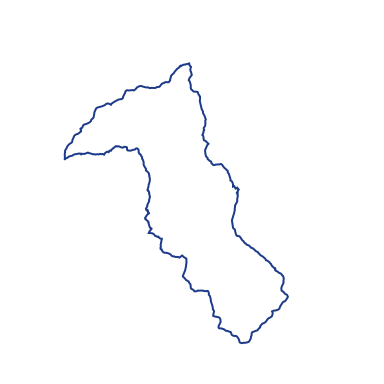 Borca, Suceava, Romania, rotated 296°
{"feature_id": "2599482B12021264945319", "entity_name": "Borca", "entity_type": "district", "adm_level": 2, "iso_a3": "ROU", "parent_name": "Romania", "parent_adm1": "Suceava", "projection": "natural_earth1", "projection_center": [25.789, 47.198], "detail": "fine", "context": "isolated", "style": "outline", "palette": "blue", "viewbox_px": 384, "rotation_deg": 296, "n_neighbors": 0, "source": "geoboundaries", "source_scale": "gbopen_adm2", "svg_char_len": 6015}
<svg xmlns="http://www.w3.org/2000/svg" viewBox="0 0 384 384"><g transform="rotate(296 192 192)"><path d="M139.7,324.2L141.1,322.7L141.4,319.7L142.4,317.9L142.5,316.0L142.8,315.6L144.4,314.6L145.8,314.2L150.9,314.0L151.8,313.3L154.7,312.3L156.4,310.6L156.7,309.4L157.5,308.2L157.6,307.7L157.5,305.2L158.0,303.9L158.0,301.4L158.5,300.6L159.4,300.7L160.0,300.0L159.8,298.6L160.6,296.7L160.6,296.1L162.0,294.5L162.1,293.6L162.8,292.5L163.3,290.0L163.1,288.3L164.1,287.3L165.1,283.6L165.1,282.1L165.5,280.3L166.1,279.5L166.0,278.8L166.9,277.5L166.8,275.6L168.0,271.8L168.0,270.1L167.8,269.6L168.9,266.7L168.6,264.6L169.2,262.8L169.2,261.8L170.4,259.7L170.6,258.5L171.9,256.2L172.3,255.7L172.9,254.2L172.9,253.2L172.4,252.4L172.5,251.9L172.3,251.4L172.5,250.9L174.3,249.1L177.1,246.9L177.3,245.7L177.8,244.6L184.0,240.3L192.0,239.0L194.9,238.2L196.0,237.6L196.9,237.4L198.9,236.6L203.4,236.8L204.9,235.9L209.1,234.7L209.4,234.2L211.1,233.5L210.6,232.9L210.9,232.6L214.7,232.9L214.8,232.5L214.3,232.5L214.5,232.1L214.9,232.3L215.7,230.7L214.2,229.6L215.8,227.4L214.8,226.5L217.0,225.4L218.3,224.2L219.0,223.3L219.2,221.5L220.4,221.0L224.7,216.9L225.2,215.6L226.7,214.8L227.0,213.3L227.4,212.5L228.1,209.9L229.7,207.1L229.9,205.7L228.9,204.6L227.1,201.4L225.9,200.1L225.6,199.4L226.5,196.7L227.4,196.2L227.8,195.4L227.7,194.1L228.1,193.3L228.4,191.7L229.4,191.1L230.2,189.0L231.8,187.6L234.9,185.6L236.6,185.3L240.9,185.2L242.5,185.7L243.8,181.8L243.8,179.9L246.8,177.9L247.6,177.1L247.8,176.3L250.8,176.2L251.8,175.6L253.1,175.8L253.8,174.9L254.8,174.5L257.5,174.8L260.7,173.4L261.7,172.7L263.3,172.6L266.2,169.6L267.5,167.6L269.4,166.3L270.7,164.4L277.2,159.1L279.1,158.5L281.4,157.3L281.5,156.7L282.2,156.0L282.6,155.0L284.3,153.4L284.3,152.7L283.0,149.4L284.1,146.0L285.2,145.1L286.8,144.4L288.1,143.6L290.3,141.5L291.1,140.0L293.1,139.8L297.1,140.5L299.5,138.5L299.8,137.9L301.2,136.8L304.1,136.2L304.7,134.3L305.8,133.6L306.3,133.0L304.9,131.7L304.4,130.7L303.4,130.0L303.3,129.4L302.6,128.5L301.7,127.7L300.2,126.9L300.5,126.4L300.0,126.0L297.9,125.7L296.3,124.7L292.6,123.7L291.1,123.6L287.7,122.3L283.6,123.0L282.8,123.4L280.6,123.0L280.1,122.3L279.6,121.0L278.9,119.7L277.7,119.0L276.7,117.9L275.5,117.3L272.5,116.7L271.9,116.2L271.1,114.6L269.5,113.5L269.2,113.0L267.6,109.5L266.8,108.5L266.8,106.7L266.0,105.3L265.6,103.7L264.9,99.5L263.7,98.0L261.8,96.7L259.6,96.2L257.7,95.1L257.6,93.9L255.5,90.7L255.0,89.0L254.0,88.3L253.2,88.1L251.6,88.4L247.5,88.3L245.9,88.7L244.6,88.0L244.1,87.0L242.5,85.1L239.0,82.6L236.2,81.0L234.9,80.9L235.0,79.3L234.7,77.5L233.4,76.1L232.3,75.8L231.3,75.1L229.5,73.5L226.6,70.1L225.7,69.5L225.0,69.2L221.2,69.3L216.2,70.8L214.7,70.6L213.0,69.8L211.5,70.1L209.6,69.4L206.6,67.0L205.6,65.7L204.3,65.0L201.8,65.1L200.5,64.7L200.3,64.1L199.8,64.0L198.7,65.3L197.8,65.7L194.8,64.3L194.0,63.7L193.0,62.6L191.4,61.7L190.0,61.5L189.3,61.7L186.8,61.7L184.4,62.3L183.3,62.0L181.8,61.0L179.9,60.3L178.1,59.9L176.2,60.1L174.7,59.8L173.2,59.9L172.2,60.5L170.5,60.9L167.3,62.6L165.7,63.3L165.8,63.5L166.7,63.7L168.2,65.0L170.1,66.0L172.1,68.4L173.8,69.4L174.4,70.0L177.1,73.7L177.6,75.0L177.2,75.4L177.2,75.8L177.9,75.8L178.9,78.4L181.8,81.2L181.8,82.6L182.2,83.9L182.4,86.2L183.0,87.3L183.3,88.7L184.4,90.2L184.9,91.7L185.9,92.5L186.2,93.9L187.1,95.3L187.0,96.6L188.6,96.7L190.6,97.7L191.3,98.6L191.2,99.6L192.9,99.8L193.4,100.2L193.5,101.0L194.3,101.0L196.4,101.8L199.9,103.5L200.0,104.8L200.7,105.4L200.9,105.9L201.2,109.5L201.5,110.3L202.1,110.8L202.9,111.2L203.6,113.2L203.5,114.0L201.5,115.1L201.5,115.6L201.2,116.2L202.0,118.2L203.0,119.6L203.8,120.2L205.2,122.1L206.4,122.5L207.1,123.3L206.9,124.9L206.0,125.8L204.2,126.7L203.4,128.0L203.2,128.1L203.2,129.4L202.3,130.2L201.4,131.9L199.9,132.7L199.3,133.9L197.3,135.7L195.8,136.3L194.9,137.0L193.6,138.8L192.7,140.5L191.4,140.9L191.0,141.5L190.9,142.8L189.8,145.1L188.5,145.9L188.0,146.6L187.1,146.9L186.0,148.0L184.0,149.0L181.7,149.6L179.8,149.8L177.5,150.6L174.2,151.1L173.8,151.7L174.1,152.2L172.7,153.8L171.8,154.0L171.1,154.9L169.7,155.7L169.2,156.4L166.2,156.9L164.9,157.5L160.7,157.5L159.7,158.1L156.8,157.9L155.9,158.7L155.7,159.4L156.2,159.8L155.8,160.1L156.0,160.3L154.7,161.6L154.4,161.4L154.2,161.6L154.0,161.8L154.3,162.4L154.0,162.7L151.9,161.7L148.1,161.2L147.5,162.2L147.2,162.1L146.3,165.5L145.8,166.2L145.5,166.1L142.0,169.3L141.2,170.6L141.1,170.9L141.5,171.4L141.2,171.8L138.1,171.1L136.2,171.1L137.5,174.4L137.2,176.7L136.4,178.0L136.7,180.0L136.5,180.7L137.1,181.3L136.3,183.2L136.4,184.7L136.7,185.4L130.7,187.0L129.0,188.1L128.1,188.1L127.1,188.7L126.9,188.9L127.1,189.9L126.2,190.7L125.3,192.5L125.4,194.1L126.0,195.2L126.0,195.6L126.5,197.2L126.5,200.1L125.8,201.4L125.7,202.8L126.3,204.1L126.2,205.2L127.5,207.8L127.5,209.4L130.6,211.0L129.9,213.3L129.6,216.2L125.2,218.4L124.5,218.4L121.8,219.5L121.0,219.5L119.1,220.1L112.5,220.6L112.0,220.9L111.6,222.0L111.6,222.5L110.3,225.3L110.1,228.2L109.3,229.1L108.3,231.1L105.1,233.1L104.7,233.9L104.6,236.2L103.8,237.8L104.8,239.6L106.0,240.5L106.7,242.2L107.4,243.3L108.3,245.6L108.2,246.0L108.8,247.6L109.9,249.3L109.9,250.0L108.4,251.6L107.1,252.1L106.3,253.7L104.2,255.6L102.0,256.9L98.4,260.5L95.6,262.3L94.9,263.7L94.4,264.1L90.1,265.2L89.9,265.4L90.1,267.1L90.9,270.0L91.1,271.6L90.7,272.5L89.9,273.4L87.8,274.7L83.2,274.7L82.0,275.1L81.5,275.7L81.4,276.2L82.3,278.4L82.6,281.0L82.1,283.1L82.8,285.3L82.8,286.8L83.1,288.0L83.0,288.3L81.2,290.2L80.9,290.9L81.0,292.7L81.9,294.7L81.8,295.6L80.8,297.8L79.8,299.0L78.0,300.5L77.7,301.3L78.0,303.1L79.2,304.5L79.5,305.5L81.0,307.5L82.1,308.6L82.6,308.8L85.7,309.1L88.2,308.4L89.3,308.4L91.1,307.6L92.5,307.6L93.3,308.6L94.5,309.5L96.4,311.5L98.2,311.8L100.2,312.6L100.5,312.3L101.3,312.1L104.2,312.8L106.4,314.6L107.7,315.2L111.3,315.8L112.2,316.3L113.1,317.1L115.1,318.1L115.6,318.3L117.8,317.9L118.7,317.5L119.8,316.3L121.5,317.8L122.0,318.8L123.3,320.4L124.8,321.4L125.4,321.7L127.4,321.4L130.0,321.6L133.2,322.1L134.4,323.3L135.7,323.8L139.7,324.2Z" fill="none" stroke="#1e3a8a" stroke-width="2"/></g></svg>